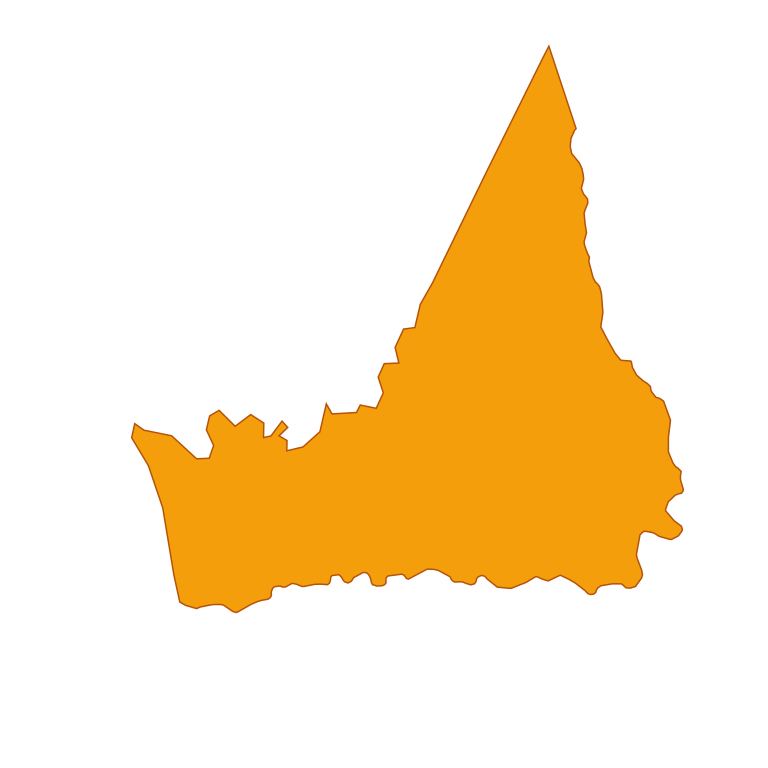 outline of Nassau, Florida, United States of America, rotated 162°
{"feature_id": "52423323B49658569394047", "entity_name": "Nassau", "entity_type": "district", "adm_level": 2, "iso_a3": "USA", "parent_name": "United States of America", "parent_adm1": "Florida", "projection": "albers", "projection_center": [-81.792, 30.55], "detail": "fine", "context": "isolated", "style": "filled", "palette": "amber", "viewbox_px": 768, "rotation_deg": 162, "n_neighbors": 0, "source": "geoboundaries", "source_scale": "gbopen_adm2", "svg_char_len": 3015}
<svg xmlns="http://www.w3.org/2000/svg" viewBox="0 0 768 768"><g transform="rotate(162 384 384)"><path d="M122.4,567.5L122.8,654.3L132.7,644.5L218.8,556.3L306.6,465.2L324.9,448.5L337.2,428.1L348.4,430.2L362.1,415.4L363.4,399.3L377.5,403.3L387.4,392.3L387.4,375.8L398.9,363.3L413.1,371.3L419.0,365.4L442.7,371.6L445.0,382.9L459.7,358.4L480.4,349.2L497.1,350.5L493.7,360.2L499.8,367.2L489.0,372.4L492.4,380.2L507.6,369.5L515.1,370.3L510.4,384.0L520.2,396.1L538.6,389.8L549.0,409.9L559.7,407.5L567.1,395.3L565.0,378.2L573.2,367.4L585.4,370.8L602.0,400.4L626.5,414.2L633.3,423.3L640.6,410.9L633.3,379.1L632.7,334.5L642.8,267.6L645.6,239.7L641.1,234.8L631.6,228.3L627.7,228.7L618.2,227.6L614.5,227.0L607.6,224.8L605.0,223.4L598.2,214.5L595.3,212.4L593.4,212.4L578.6,215.5L571.1,216.2L566.7,216.0L560.9,215.2L559.0,215.7L557.1,216.9L556.1,218.6L555.7,220.5L554.8,222.0L553.0,224.0L551.7,224.8L550.3,225.0L548.8,224.7L547.2,224.4L545.3,224.0L543.4,222.4L540.5,221.4L532.9,222.8L529.1,220.6L524.7,216.9L522.8,216.2L511.8,214.9L506.0,213.2L499.7,210.6L497.4,211.5L495.9,213.4L494.3,216.7L492.8,217.9L485.9,216.6L484.3,213.9L483.2,209.3L482.3,207.7L479.7,205.9L475.9,206.5L472.8,209.2L462.0,211.2L459.4,210.1L458.4,209.2L457.3,206.6L456.9,203.4L457.3,198.9L457.0,196.7L454.9,195.3L453.3,194.1L448.5,192.8L446.5,192.7L444.2,193.6L443.4,194.6L442.5,197.8L441.9,198.9L439.6,200.2L426.1,197.7L424.4,196.4L423.7,195.2L422.8,192.2L421.2,190.9L400.1,194.6L394.0,192.4L389.8,189.8L380.9,180.4L380.6,179.7L380.4,177.4L379.7,175.9L379.0,174.7L377.9,173.9L376.9,173.4L373.8,172.7L370.6,171.5L367.0,168.6L363.6,166.2L359.6,166.0L357.7,167.5L355.9,170.4L353.9,171.5L350.4,171.8L347.5,170.0L346.0,166.4L339.0,155.8L327.3,150.7L325.8,150.4L310.3,151.4L299.1,153.9L297.7,153.2L294.1,149.8L288.8,146.0L275.4,147.7L268.5,141.1L263.6,135.6L256.4,125.0L255.0,121.8L252.7,120.0L249.6,119.4L247.1,120.3L246.0,122.0L243.8,124.0L239.9,125.1L228.6,123.4L220.1,120.6L219.4,119.9L216.9,115.4L212.9,113.8L207.4,113.7L199.0,119.9L197.0,122.9L196.5,127.2L196.7,132.3L197.1,140.1L196.6,143.9L187.1,161.5L182.9,163.5L180.9,163.2L174.8,159.9L172.9,158.4L169.4,154.1L161.1,148.5L158.6,147.3L150.9,148.6L146.0,152.1L145.2,153.4L145.1,156.9L150.2,164.0L155.4,176.4L154.6,178.2L150.1,184.1L141.3,188.3L137.8,188.5L135.0,188.2L132.5,189.9L131.9,191.4L131.6,201.3L130.6,204.6L128.4,209.1L130.7,213.5L132.3,215.4L133.6,219.8L134.5,231.6L130.0,245.4L122.7,261.1L123.4,281.4L126.3,285.1L129.5,287.3L131.7,293.3L132.1,295.5L131.4,299.3L133.4,303.1L136.4,306.7L141.0,314.3L142.6,322.6L141.9,329.1L142.3,329.6L151.0,333.2L151.7,334.0L154.7,341.7L158.0,358.1L160.2,371.3L153.7,384.4L149.3,402.8L148.9,410.0L150.5,414.3L151.4,415.5L152.3,420.6L151.3,437.6L149.4,441.0L150.1,445.3L150.4,454.0L149.7,457.6L144.7,465.2L143.2,474.5L140.9,484.6L139.3,487.0L134.1,493.3L133.3,497.1L135.6,503.4L135.9,509.0L130.9,516.9L129.9,521.1L129.2,527.6L129.9,533.9L134.3,545.2L133.5,552.4L130.2,559.9L124.1,566.6L122.4,567.5Z" fill="#f59e0b" stroke="#b45309" stroke-width="1.5"/></g></svg>